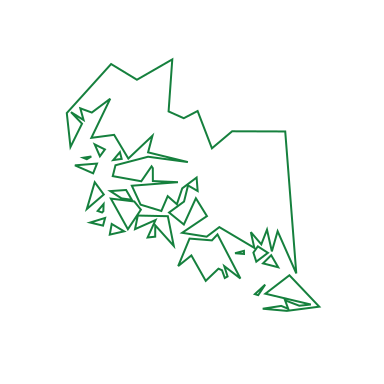 map outline of Troms (Albers equal-area conic projection), rotated 254°
{"feature_id": "NOR-900", "entity_name": "Troms", "entity_type": "County", "adm_level": 1, "iso_a3": "NOR", "parent_name": "Norway", "parent_adm1": "", "projection": "albers", "projection_center": [18.955, 69.32], "detail": "medium", "context": "isolated", "style": "outline", "palette": "green", "viewbox_px": 384, "rotation_deg": 254, "n_neighbors": 0, "source": "natural_earth", "source_scale": "10m", "svg_char_len": 1938}
<svg xmlns="http://www.w3.org/2000/svg" viewBox="0 0 384 384"><g transform="rotate(254 192 192)"><path d="M268.3,219.7L228.5,223.2L239.3,247.3L224.5,298.3L85.0,269.8L130.7,263.5L112.9,252.4L135.1,253.7L122.6,244.2L137.2,237.5L121.1,236.5L150.7,208.6L145.0,193.8L155.5,171.3L164.7,199.7L184.9,194.0L163.0,175.2L178.6,164.3L185.0,181.7L199.4,190.0L191.4,197.7L204.6,200.4L198.2,183.6L184.4,174.1L194.7,167.5L182.2,157.3L194.0,139.1L214.6,135.9L205.3,181.2L213.3,157.4L225.7,160.9L227.8,160.2L216.3,146.2L229.1,120.2L238.8,125.8L238.0,159.5L221.9,196.3L242.2,160.7L257.0,169.5L241.7,140.0L268.4,132.9L271.8,110.2L304.2,139.1L296.0,117.6L303.2,107.7L291.1,107.6L302.1,97.7L288.0,105.1L268.8,87.6L302.4,93.4L337.3,149.5L315.1,170.0L324.9,209.6L275.9,191.7L265.2,204.4L268.3,219.7ZM147.9,176.8L140.0,197.8L144.2,204.8L95.5,214.7L111.8,202.6L101.0,202.9L100.3,199.8L108.5,199.3L111.0,196.3L102.8,180.7L131.2,173.9L124.6,158.3L147.9,176.8ZM60.3,227.8L57.9,246.4L53.2,252.3L62.2,251.6L53.1,263.8L51.1,275.2L74.0,234.5L85.1,262.7L46.7,282.7L51.6,250.4L60.3,227.8ZM184.3,133.4L175.4,162.1L145.2,159.6L170.1,147.5L159.2,144.3L160.5,136.8L175.1,149.2L172.0,127.0L184.3,133.4ZM208.0,112.2L198.8,133.9L189.1,138.0L173.9,120.1L208.0,112.2ZM249.9,86.8L245.5,108.5L237.2,102.1L249.9,86.8ZM204.6,86.2L228.2,101.2L213.9,106.5L204.6,86.2ZM215.4,113.7L212.1,129.2L201.1,132.0L205.3,122.5L215.4,113.7ZM107.3,234.6L116.8,234.3L121.6,240.3L112.6,248.2L107.3,234.6ZM76.5,224.3L82.8,236.8L74.6,227.2L76.5,224.3ZM103.8,240.6L109.4,250.7L95.9,254.1L103.8,240.6ZM190.7,85.7L191.0,101.3L184.2,97.2L190.7,85.7ZM172.9,115.9L173.7,101.2L183.4,106.0L172.9,115.9ZM251.7,113.3L264.6,111.6L256.9,120.0L251.7,113.3ZM244.4,125.1L250.2,133.7L243.2,133.5L244.4,125.1ZM121.3,216.5L121.1,225.7L118.1,224.9L121.3,216.5ZM204.8,103.7L198.0,101.5L197.1,99.9L199.8,96.1L204.8,103.7ZM254.9,96.9L253.9,105.0L252.5,99.9L254.9,96.9Z" fill="none" stroke="#15803d" stroke-width="2"/></g></svg>